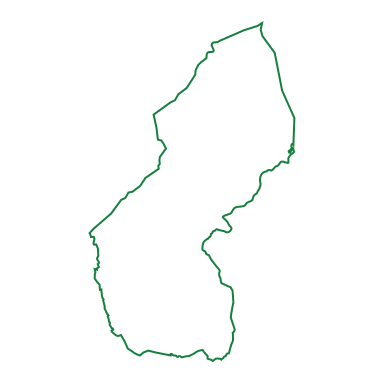 Tominian, Ségou, Mali
{"feature_id": "8926073B14979931376640", "entity_name": "Tominian", "entity_type": "district", "adm_level": 2, "iso_a3": "MLI", "parent_name": "Mali", "parent_adm1": "Ségou", "projection": "robinson", "projection_center": [-4.333, 13.322], "detail": "fine", "context": "isolated", "style": "outline", "palette": "green", "viewbox_px": 384, "rotation_deg": 0, "n_neighbors": 0, "source": "geoboundaries", "source_scale": "gbopen_adm2", "svg_char_len": 4378}
<svg xmlns="http://www.w3.org/2000/svg" viewBox="0 0 384 384"><path d="M262.1,23.0L257.4,26.0L244.3,30.1L220.4,40.5L217.5,42.1L213.3,42.5L211.9,43.7L211.6,45.6L212.4,47.1L213.7,50.2L213.4,51.5L211.8,52.0L209.2,52.0L207.6,52.6L206.6,54.7L206.6,56.4L206.4,58.2L201.3,62.0L198.2,65.0L195.6,70.3L195.2,74.8L186.7,88.0L178.4,94.2L174.9,100.3L170.6,102.3L168.0,104.2L153.6,114.6L156.4,127.4L157.9,139.6L161.2,140.4L163.1,143.0L166.0,148.5L159.8,157.1L159.4,160.7L159.8,163.8L158.3,165.8L158.7,168.8L145.4,178.0L140.2,185.9L132.5,191.7L128.5,192.5L125.2,198.1L121.3,199.7L111.9,212.5L111.2,213.5L93.4,228.9L89.6,233.1L90.2,234.1L91.0,237.0L93.8,236.9L94.5,238.7L93.5,243.4L93.7,244.1L94.0,244.7L96.1,244.4L97.9,248.4L98.3,255.8L97.4,257.7L97.0,258.4L97.2,259.3L98.0,260.6L98.8,262.0L98.8,263.2L97.7,264.1L98.9,267.1L96.7,268.5L96.9,269.7L94.7,269.0L95.4,272.2L94.8,274.7L94.7,278.6L97.8,282.9L99.6,284.6L99.9,289.8L101.4,289.5L101.5,292.1L102.3,297.7L103.6,299.2L103.1,300.4L103.4,301.3L104.7,306.5L104.6,308.6L106.1,311.5L107.0,313.9L108.0,314.6L108.5,315.4L107.7,316.4L108.6,318.7L109.1,321.8L109.9,322.7L109.6,324.7L111.7,328.2L112.7,328.4L113.3,329.7L111.5,330.6L111.8,331.7L114.3,333.9L115.8,335.2L117.4,335.9L118.7,335.9L120.9,335.0L124.8,341.7L127.8,348.6L132.7,351.7L134.2,353.0L137.0,354.4L139.9,355.5L143.4,352.5L148.1,350.6L155.8,352.5L170.4,355.4L170.3,354.8L170.4,354.3L170.7,354.0L171.7,353.9L172.4,354.8L173.0,355.1L174.2,355.5L175.2,355.5L176.1,355.7L176.2,355.8L176.4,356.1L177.1,356.8L177.9,356.9L178.8,356.3L179.2,356.1L180.4,356.3L181.3,357.1L181.9,357.3L183.4,356.9L185.1,356.5L188.1,356.1L189.0,356.2L190.4,355.3L193.6,353.8L194.9,352.9L195.8,352.3L198.3,350.9L202.4,350.0L202.9,350.3L203.7,351.7L205.8,354.1L207.3,355.7L207.7,356.2L207.5,357.4L207.6,358.7L208.3,359.0L209.9,359.4L211.3,359.9L211.5,359.9L212.2,360.6L212.9,361.0L213.8,360.3L214.8,359.4L215.2,359.1L216.0,358.6L217.9,358.5L218.9,358.8L219.5,358.7L220.0,358.7L220.9,359.1L221.3,359.7L222.3,358.7L223.3,358.1L223.9,356.9L224.7,356.4L225.8,356.0L226.2,355.2L226.5,354.3L226.6,354.0L227.7,353.4L228.2,353.4L228.8,353.4L229.1,352.8L229.2,352.1L229.5,351.0L230.0,348.9L230.3,348.0L231.3,344.6L232.3,342.2L232.8,341.1L233.0,340.3L232.9,334.1L232.7,332.8L233.7,332.0L234.4,330.9L234.7,329.4L231.2,318.8L230.8,317.4L231.1,315.0L231.4,312.8L233.0,304.0L233.4,303.1L232.9,295.2L232.6,291.3L232.4,290.3L231.2,288.5L230.6,287.2L227.9,286.2L221.8,283.3L221.7,283.3L221.3,282.8L221.2,282.4L220.6,280.5L220.6,278.5L219.7,276.9L219.6,276.5L219.1,275.1L219.2,273.4L219.7,271.0L219.4,269.9L216.3,266.2L212.5,261.3L211.2,259.6L210.3,257.9L209.5,256.2L208.8,255.2L207.4,254.6L206.5,254.2L206.0,253.5L205.9,253.0L205.6,252.1L204.8,251.1L203.6,250.7L202.6,249.9L202.3,248.7L202.6,246.2L202.9,244.4L203.4,242.5L204.3,241.3L205.4,240.5L206.5,239.4L208.0,238.7L208.9,237.5L210.2,236.6L210.7,235.6L210.9,234.4L210.9,234.1L212.3,233.0L212.8,231.8L213.6,231.0L214.8,230.8L215.6,229.9L216.5,229.2L218.8,229.9L221.8,230.7L224.3,231.2L224.7,231.4L225.7,232.0L226.9,232.4L228.2,232.1L229.6,231.5L230.8,230.2L231.5,228.4L230.7,226.8L229.3,225.6L227.5,222.0L225.7,220.0L224.0,218.6L223.3,217.7L223.2,217.6L222.8,217.1L223.1,216.5L224.4,215.7L226.3,215.0L227.1,214.8L230.5,213.5L231.3,213.0L232.5,210.6L233.7,208.9L234.0,208.5L235.4,207.4L238.0,206.8L241.7,206.5L243.9,205.9L244.9,205.5L245.3,205.1L246.1,203.7L247.1,202.7L249.1,201.8L249.6,201.6L251.4,200.8L252.5,199.8L253.0,197.9L253.4,196.4L254.6,194.7L255.4,194.3L257.0,193.2L257.5,191.7L258.7,189.7L259.6,188.3L259.8,187.0L260.3,185.7L260.6,184.0L260.3,182.5L260.0,180.6L260.2,177.6L260.8,175.6L261.9,173.8L262.9,172.9L263.7,172.2L265.3,171.6L266.5,171.5L267.6,170.3L268.7,170.2L268.8,170.2L270.2,170.1L271.2,170.6L272.4,170.0L274.3,168.0L275.6,166.5L277.8,165.7L279.1,164.3L279.7,163.4L280.7,161.9L281.9,161.6L284.0,161.7L284.8,162.3L286.6,162.6L287.7,162.9L288.3,162.8L288.4,161.7L288.3,158.6L288.8,157.2L290.2,155.3L290.9,154.5L292.3,153.5L292.9,153.1L293.1,153.0L293.5,152.6L294.0,152.0L293.6,150.4L293.6,150.2L293.2,148.7L293.0,148.3L292.9,148.4L292.5,148.6L291.9,149.5L291.1,150.9L290.5,152.1L289.9,152.7L289.3,152.7L288.8,151.9L288.7,151.2L289.7,150.4L290.8,149.4L291.4,148.6L291.7,147.7L291.3,145.7L291.7,144.5L292.2,143.9L292.8,143.6L293.4,144.6L294.4,118.1L282.1,90.5L274.7,52.8L262.5,36.2L260.7,29.7L262.1,23.0Z" fill="none" stroke="#15803d" stroke-width="2"/></svg>